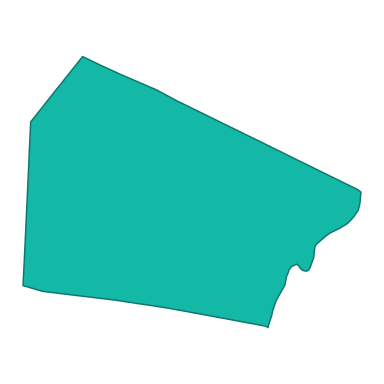 outline of Buriti, Maranhão, Brazil
{"feature_id": "56859067B91563835900572", "entity_name": "Buriti", "entity_type": "district", "adm_level": 2, "iso_a3": "BRA", "parent_name": "Brazil", "parent_adm1": "Maranhão", "projection": "orthographic", "projection_center": [-42.895, -3.884], "detail": "fine", "context": "isolated", "style": "filled", "palette": "teal", "viewbox_px": 384, "rotation_deg": 0, "n_neighbors": 0, "source": "geoboundaries", "source_scale": "gbopen_adm2", "svg_char_len": 930}
<svg xmlns="http://www.w3.org/2000/svg" viewBox="0 0 384 384"><path d="M82.6,56.6L55.4,90.7L30.7,121.9L29.4,149.2L28.6,168.1L25.1,243.4L23.8,270.1L23.0,285.6L42.7,291.4L75.8,295.4L117.3,300.4L125.9,301.8L147.6,305.0L167.7,308.1L200.1,314.0L265.3,326.1L268.1,327.4L269.0,323.6L271.7,315.7L272.7,310.6L275.9,301.4L277.2,298.8L280.6,292.6L284.9,285.1L286.7,275.9L288.3,272.5L288.9,270.2L291.3,266.7L296.4,264.2L298.8,265.9L300.4,268.4L302.7,270.4L306.3,271.2L308.6,270.2L310.2,267.3L312.5,260.8L313.7,257.6L314.8,247.4L316.3,244.3L318.1,242.7L325.9,236.0L330.1,233.0L339.4,228.4L347.4,223.5L350.7,220.2L354.2,216.2L358.3,210.1L359.7,204.6L360.3,199.8L360.4,197.7L360.7,194.3L361.0,192.2L357.6,189.5L350.1,185.9L315.3,168.8L304.2,163.3L296.5,159.6L277.4,150.1L274.8,148.9L271.6,147.3L263.8,143.4L244.7,134.1L177.4,101.1L156.3,89.8L119.8,74.1L105.4,67.4L100.7,65.3L82.6,56.6Z" fill="#14b8a6" stroke="#0f766e" stroke-width="1.5"/></svg>